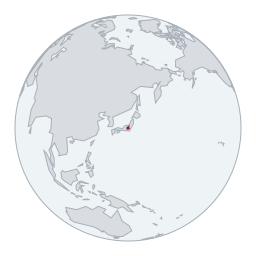 Gunma highlighted on a globe, orthographic projection, rotated 12°
{"feature_id": "JPN-3503", "entity_name": "Gunma", "entity_type": "Prefecture", "adm_level": 1, "iso_a3": "JPN", "parent_name": "Japan", "parent_adm1": "", "projection": "orthographic", "projection_center": [138.983, 36.504], "detail": "fine", "context": "on_globe", "style": "filled", "palette": "rose", "viewbox_px": 256, "rotation_deg": 12, "n_neighbors": 0, "source": "natural_earth", "source_scale": "10m", "svg_char_len": 11264}
<svg xmlns="http://www.w3.org/2000/svg" viewBox="0 0 256 256"><g transform="rotate(12 128 128)"><circle cx="128" cy="128" r="113" fill="#eef3f6" stroke="#a8b0b8"/><path d="M199.0,201.6L199.0,202.1L198.9,202.3L199.0,201.6ZM221.7,65.5L219.9,64.4L223.5,68.3L224.7,70.2L224.8,70.5L223.9,69.6L222.7,67.6L219.7,65.3L219.2,66.6L213.3,63.5L202.6,55.6L203.9,55.0L201.1,53.4L199.5,54.2L199.0,55.2L187.4,53.0L180.7,57.9L182.0,62.4L179.0,59.4L183.9,70.2L182.5,76.1L182.0,67.7L180.3,65.6L178.2,68.6L176.0,67.1L173.8,67.8L171.4,65.9L171.2,61.5L169.7,60.3L168.3,62.5L165.0,62.1L167.2,59.0L161.7,58.3L160.5,51.5L168.4,45.8L165.6,41.5L168.1,34.7L165.8,34.2L165.3,31.7L162.4,30.3L163.7,29.7L160.2,29.1L159.6,29.9L157.9,30.0L156.1,29.3L157.5,28.4L158.5,28.6L158.0,28.0L159.4,27.8L157.7,27.5L159.6,26.6L155.2,26.5L154.5,25.0L156.4,24.7L159.5,26.0L171.9,29.4L174.8,30.0L175.8,29.2L170.4,24.9L172.3,25.2L172.3,24.8L169.8,23.8L168.8,23.9L164.1,22.4L163.5,23.0L161.5,22.6L159.6,23.0L156.2,21.7L154.1,20.3L155.5,20.0L154.6,19.5L150.3,18.9L150.2,17.9L145.1,16.7L145.4,16.7L153.7,18.3L161.9,20.6L169.8,23.4L177.6,26.9L185.1,30.9L192.2,35.4L199.0,40.5L205.4,46.1L211.3,52.2L216.8,58.7L221.7,65.5ZM224.8,125.1L223.9,123.0L225.2,123.2L224.8,125.1ZM222.8,122.6L223.3,123.1L222.8,122.8L222.8,122.6ZM222.2,122.8L222.7,122.6L222.2,123.1L222.2,122.8ZM221.4,123.5L221.8,123.1L221.4,123.5ZM219.9,123.9L219.5,123.9L219.8,123.2L219.9,123.9ZM199.2,55.9L199.7,54.4L202.0,54.4L201.8,55.7L199.2,55.9ZM194.4,56.4L194.0,55.1L197.1,56.6L196.3,56.9L194.4,56.4ZM183.5,66.1L184.3,64.5L184.3,66.6L183.5,66.1ZM173.9,68.2L174.4,69.2L173.0,69.2L173.9,68.2ZM161.5,23.7L160.6,23.4L161.4,23.5L161.5,23.7ZM161.6,24.3L163.2,24.7L163.5,25.1L162.5,24.8L161.6,24.3ZM168.0,66.3L165.7,66.1L168.1,65.5L168.0,66.3ZM159.4,23.8L163.8,25.6L164.2,26.3L160.7,25.9L159.4,23.8ZM164.3,65.5L158.7,65.3L159.3,67.3L154.5,61.6L160.9,63.5L163.7,62.4L163.1,64.1L164.3,65.5ZM160.2,30.5L160.8,29.6L161.9,31.0L160.2,30.5ZM161.3,31.4L167.3,36.3L165.5,37.5L163.9,35.5L162.9,37.8L159.1,36.0L158.8,34.4L160.7,33.9L157.8,33.6L161.3,31.4ZM152.8,58.7L151.4,58.1L152.9,57.9L152.8,58.7ZM157.3,30.2L158.6,31.0L157.2,32.0L154.2,30.7L155.6,30.8L157.3,30.2ZM164.5,39.4L162.9,40.1L159.4,38.8L158.3,38.9L158.9,36.1L164.5,39.4ZM155.1,30.2L152.7,30.0L151.8,28.9L155.9,29.5L155.1,30.2ZM158.1,32.9L157.3,33.4L156.8,32.7L158.1,32.9ZM147.2,25.3L148.8,26.1L148.3,26.6L147.2,25.3ZM151.9,30.0L152.3,30.4L152.2,30.8L150.5,30.5L151.9,30.0ZM156.4,35.5L155.2,34.8L156.0,36.5L153.4,35.8L154.2,34.1L152.8,34.5L152.0,34.3L153.5,33.2L156.4,35.5ZM148.7,31.3L148.9,29.2L145.9,27.6L146.4,27.0L151.0,29.7L148.7,31.3ZM151.4,32.5L149.8,31.6L151.2,31.2L153.1,31.5L151.4,32.5ZM151.3,35.9L155.1,37.5L154.8,37.8L151.3,35.9ZM147.6,30.9L147.5,31.5L147.2,30.9L147.6,30.9ZM149.8,34.4L151.2,34.9L150.8,35.2L149.8,34.4ZM146.4,32.2L146.4,31.5L147.7,31.7L146.4,32.2ZM147.7,33.3L146.9,33.7L148.2,32.2L148.4,33.4L147.7,33.3ZM149.3,34.7L149.5,35.0L148.7,34.4L149.3,34.7ZM141.4,32.2L142.7,30.2L145.6,30.5L143.9,32.3L141.4,32.2ZM43.9,53.0L44.0,53.0L37.2,61.8L34.8,66.3L39.9,62.0L43.8,54.4L47.8,50.4L47.3,54.1L44.4,61.5L45.9,60.2L50.5,53.6L52.7,53.7L52.5,51.3L50.4,53.5L50.2,52.2L52.1,50.2L52.8,50.2L54.5,47.8L50.7,48.8L48.3,51.1L51.0,46.8L47.1,50.3L46.9,50.2L53.2,44.3L54.8,43.2L64.3,35.8L62.9,36.4L53.8,43.6L55.4,42.2L53.4,43.6L56.2,41.4L66.4,33.8L69.6,31.7L78.1,27.0L83.8,24.4L80.8,25.8L82.1,25.3L79.3,26.8L79.6,27.5L77.4,29.1L81.4,28.4L80.9,29.2L78.6,29.3L75.9,30.5L70.9,35.3L71.1,35.9L74.1,35.1L72.4,36.7L76.0,35.4L75.1,38.2L79.2,33.8L82.9,33.3L84.6,34.6L86.5,33.7L83.9,31.6L82.1,31.6L79.4,32.7L75.4,32.4L76.2,31.1L83.3,28.8L85.3,26.8L89.9,26.2L94.3,31.5L94.0,34.6L85.2,40.8L83.0,40.3L85.0,37.6L79.4,40.6L81.7,40.1L80.2,41.6L83.4,41.8L82.5,42.9L87.0,41.4L86.3,42.7L83.4,43.6L87.5,45.5L87.1,48.6L88.4,48.6L90.0,47.6L88.4,52.4L89.5,52.1L90.4,50.5L93.1,49.0L97.3,48.4L96.5,50.0L94.9,50.5L90.3,54.1L86.1,55.3L86.3,55.9L89.7,55.3L95.3,50.9L98.0,50.1L95.7,52.3L96.8,51.4L97.9,51.5L98.3,53.3L101.0,51.0L114.4,51.3L116.4,55.1L112.8,56.8L121.4,59.7L123.0,64.4L123.9,62.7L128.6,63.4L128.1,61.9L128.9,61.2L140.6,63.1L142.8,65.1L148.8,64.6L149.3,63.9L148.0,62.3L154.5,61.6L159.3,67.3L158.0,68.7L161.8,71.6L158.4,74.5L157.4,78.4L151.5,80.3L151.2,83.5L152.7,84.3L153.5,89.4L149.7,97.8L146.0,87.4L150.3,75.5L148.0,79.9L146.5,77.9L144.4,79.0L142.9,82.3L144.0,83.3L131.3,84.8L123.6,92.7L129.1,93.8L130.9,97.4L127.0,108.8L110.8,120.6L113.1,126.7L112.2,130.0L107.9,130.8L109.1,126.0L106.2,123.2L107.5,120.6L101.0,120.8L102.6,117.0L96.8,119.3L97.3,122.9L102.4,123.9L96.7,127.9L99.9,134.9L98.5,141.5L87.3,149.8L78.4,150.0L77.5,151.7L75.0,148.2L70.1,150.2L73.8,163.6L73.2,166.6L66.0,169.5L66.1,167.2L59.2,157.7L56.9,164.3L62.1,173.2L63.8,181.0L59.4,176.7L57.7,169.6L55.3,166.1L56.7,160.2L56.1,149.4L51.7,148.7L52.8,145.0L51.3,134.7L45.4,133.2L35.5,136.7L32.9,145.5L30.0,147.2L29.5,129.8L31.9,120.1L30.1,118.7L30.9,107.2L27.6,97.5L28.6,94.5L27.7,93.6L28.5,88.3L30.6,83.7L30.4,81.7L25.2,94.1L25.6,96.4L27.9,95.5L26.3,99.2L25.6,105.3L21.1,108.2L18.6,101.9L20.8,94.8L31.7,70.8L32.8,69.5L32.9,69.2L33.2,68.8L31.6,70.6L34.4,66.4L25.9,81.0L23.4,86.4L18.5,102.1L18.4,102.4L17.5,106.6L17.9,111.6L17.4,113.7L15.7,119.9L15.6,120.4L16.5,112.2L17.9,104.0L20.0,96.0L22.6,88.2L25.8,80.6L29.6,73.2L33.9,66.1L38.6,59.4L43.9,53.0ZM38.7,73.0L38.6,77.9L43.0,72.2L43.4,73.7L44.7,71.4L43.4,71.8L47.4,65.9L48.9,67.0L51.2,65.2L51.3,63.5L47.9,62.5L42.1,70.7L40.2,71.1L38.7,73.0ZM92.5,21.7L90.2,22.5L89.3,22.6L92.1,21.3L93.5,21.1L92.5,21.7ZM87.2,23.7L93.4,22.2L91.9,23.2L91.7,22.9L90.1,23.7L89.3,23.4L81.8,26.1L80.4,26.4L86.4,23.4L85.1,24.1L87.5,23.2L87.2,23.7ZM112.0,19.0L114.6,19.0L107.9,21.0L106.2,20.8L108.9,19.3L112.5,18.7L112.0,19.0ZM152.3,23.1L153.7,23.5L153.4,23.7L151.8,23.5L152.3,23.1ZM148.0,25.6L145.5,22.0L147.1,22.1L143.7,20.1L146.5,19.9L148.6,21.1L148.2,19.6L151.2,20.6L150.5,19.6L154.8,22.3L157.5,23.4L153.4,22.3L150.8,22.5L150.5,22.9L151.5,24.9L155.9,27.6L154.0,28.4L151.5,28.3L150.1,27.8L151.8,27.4L148.8,27.0L150.2,26.0L148.0,25.6ZM123.1,30.2L125.6,29.3L119.8,29.6L121.1,28.1L120.4,28.2L120.0,27.0L118.3,25.8L119.4,25.3L118.2,25.1L118.0,24.4L116.8,24.0L118.3,22.9L116.9,22.4L118.4,22.2L115.7,21.6L118.4,21.6L118.4,20.9L115.7,21.3L127.0,17.8L129.6,16.8L130.3,16.1L134.9,16.5L137.2,17.6L137.8,19.2L134.6,20.3L137.3,20.4L136.5,21.1L134.7,20.7L137.1,21.7L136.0,22.1L136.5,24.4L140.5,25.8L140.8,26.8L138.7,26.5L140.5,27.7L136.7,27.8L136.8,28.6L133.2,29.6L129.0,28.7L129.4,29.7L126.7,30.6L123.1,30.2ZM140.3,32.4L135.0,31.4L133.1,30.2L140.2,29.0L140.7,28.3L145.1,27.7L147.7,29.6L146.2,29.5L145.3,29.9L144.9,29.2L144.6,30.1L142.5,30.1L141.7,30.9L140.2,30.3L140.3,32.4ZM55.7,41.6L55.5,41.8L54.2,42.9L53.2,43.8L55.7,41.6ZM63.2,35.9L62.9,36.1L62.4,36.5L63.2,35.9ZM64.5,35.0L63.0,36.0L64.5,34.9L64.5,35.0ZM78.1,29.9L77.6,30.6L76.7,30.9L76.1,30.8L78.1,29.9ZM106.2,31.8L107.9,31.2L108.2,31.5L112.2,31.4L111.5,32.7L108.8,33.2L106.2,31.8ZM39.4,61.7L38.8,61.4L39.7,60.2L39.7,60.5L39.4,61.7ZM45.3,51.9L43.0,54.8L45.0,52.2L45.3,51.9ZM106.1,33.1L107.8,32.9L106.4,33.7L106.1,33.1ZM111.2,33.6L109.9,34.6L111.9,32.8L111.2,33.6ZM90.0,205.1L93.3,206.4L93.3,206.7L90.0,205.1ZM86.4,202.8L90.2,204.0L85.9,203.5L86.4,202.8ZM91.7,204.5L95.5,204.7L97.1,204.5L96.9,205.2L91.7,204.5ZM84.0,202.1L71.0,197.3L66.1,194.2L67.1,193.2L75.1,196.9L84.0,202.1ZM66.7,193.0L59.4,185.5L50.5,167.6L53.7,169.7L63.2,182.6L62.5,183.6L66.9,189.0L66.7,193.0ZM85.0,192.3L84.4,195.9L77.1,193.1L73.9,191.3L71.6,185.4L72.9,183.2L75.5,184.3L86.4,178.8L90.0,182.2L86.5,185.1L89.5,189.5L85.0,192.3ZM33.0,146.7L33.8,153.7L32.3,153.3L33.0,146.7ZM91.4,173.6L86.6,176.4L91.2,172.1L91.4,173.6ZM94.5,169.0L94.5,171.2L93.0,168.7L94.5,169.0ZM76.8,154.7L74.1,154.1L74.3,152.5L78.0,152.4L76.8,154.7ZM97.4,147.1L96.2,151.7L95.3,153.1L94.6,149.9L97.4,147.1ZM102.7,45.3L98.0,43.8L94.1,44.0L91.2,45.8L93.3,42.8L99.2,42.5L102.7,45.3ZM113.0,50.3L115.5,48.9L115.8,50.1L115.3,50.6L113.0,50.3ZM113.5,49.0L114.0,46.3L116.3,46.0L115.5,48.2L113.5,49.0ZM109.8,39.1L108.5,38.5L109.6,37.9L109.8,39.1ZM174.5,229.7L176.5,229.1L173.5,230.7L169.1,232.7L164.2,234.4L174.5,229.7ZM138.0,238.6L136.6,237.6L141.8,237.3L140.7,238.2L138.0,238.6ZM177.6,228.0L180.2,226.2L180.0,225.0L181.2,225.7L184.7,224.3L177.7,228.6L177.6,228.0ZM115.2,231.9L95.0,231.2L90.2,229.5L90.5,228.4L84.2,222.1L85.7,222.7L83.6,218.6L95.0,218.5L102.9,213.5L110.3,215.3L115.2,210.8L123.2,212.1L121.4,216.0L130.3,219.4L134.8,210.5L141.7,220.3L149.2,223.2L153.0,227.9L145.1,235.3L139.2,236.6L137.4,236.2L135.1,236.8L130.6,236.5L126.7,234.4L124.5,234.9L126.1,233.4L123.2,234.7L120.2,233.1L115.2,231.9ZM172.8,216.1L174.3,216.1L177.2,216.9L174.7,217.2L172.8,216.1ZM195.2,205.0L196.2,205.3L194.5,206.1L195.2,205.0ZM198.9,202.3L196.8,203.4L199.0,201.6L198.9,202.3ZM179.3,209.6L180.1,209.9L179.6,210.3L179.3,209.6ZM178.6,209.5L179.3,208.4L179.4,209.4L178.6,209.5ZM170.7,205.7L171.5,205.1L172.0,205.4L170.7,205.7ZM98.3,207.6L102.9,205.9L105.5,206.1L98.3,207.6ZM169.3,204.8L167.2,205.0L167.3,204.4L169.3,204.8ZM169.3,203.5L169.0,202.7L170.6,204.4L169.3,203.5ZM165.1,202.2L167.8,203.3L164.8,202.4L165.1,202.2ZM163.6,202.6L161.7,202.1L161.8,201.9L163.6,202.6ZM143.5,204.5L150.5,209.1L145.2,209.1L139.2,206.1L135.1,208.7L125.3,207.5L127.4,206.0L125.9,203.2L116.3,201.0L114.3,198.9L117.6,198.2L111.4,195.8L118.2,196.0L121.1,200.1L125.0,197.6L132.0,199.0L139.0,200.6L144.9,203.5L143.5,204.5ZM118.5,204.1L119.7,204.2L118.7,205.2L118.5,204.1ZM158.0,200.4L160.8,202.0L160.5,202.4L159.2,202.2L158.0,200.4ZM146.2,202.9L152.4,199.8L153.9,199.8L149.9,203.3L146.2,202.9ZM150.8,197.9L153.8,198.2L155.5,199.9L154.9,200.4L150.8,197.9ZM104.7,198.4L104.4,199.4L102.7,198.2L104.7,198.4ZM106.8,198.2L112.1,200.3L106.4,199.0L106.8,198.2ZM91.7,191.1L93.1,193.9L97.6,193.5L94.2,194.9L97.4,199.7L96.4,200.9L93.2,195.8L92.3,200.0L90.4,199.3L89.1,195.2L91.0,191.1L93.0,189.6L101.3,190.8L91.7,191.1ZM106.7,195.2L105.4,192.0L106.4,190.3L107.9,192.1L106.7,195.2ZM101.7,184.0L98.4,179.7L95.2,180.2L102.0,176.8L103.9,181.6L101.7,184.0ZM99.3,175.5L96.3,176.0L99.6,173.9L99.3,175.5ZM95.6,174.6L95.6,172.0L97.8,173.0L95.6,174.6ZM100.8,176.0L101.9,171.9L102.8,174.7L100.8,176.0ZM95.3,166.1L99.7,171.6L93.6,168.1L94.5,159.6L97.2,160.2L95.3,166.1ZM118.1,135.2L118.2,132.5L120.9,132.5L120.1,134.3L118.1,135.2ZM130.0,130.7L121.7,131.6L115.0,132.6L116.5,134.2L114.1,138.1L112.3,133.5L117.8,129.8L122.7,129.8L124.5,126.4L128.7,124.6L129.3,120.0L131.5,118.4L132.4,122.7L130.0,130.7ZM129.4,118.0L132.1,110.2L136.9,112.3L137.4,114.4L134.1,117.1L131.8,115.8L129.4,118.0ZM134.2,109.0L131.9,107.8L131.2,95.4L132.2,93.4L135.3,103.5L133.4,102.9L132.7,105.7L134.2,109.0ZM151.3,59.0L151.4,58.2L152.3,59.1L151.3,59.0ZM128.5,60.4L129.7,59.6L130.6,60.6L128.5,60.4ZM133.5,58.1L131.6,57.5L133.9,57.4L133.5,58.1ZM127.3,56.4L131.0,56.9L127.0,57.5L127.3,56.4Z" fill="#d9dde1" stroke="#a8b0b8" stroke-width="1"/><path d="M128.2,126.9L128.2,127.0L128.3,127.0L128.5,127.2L128.6,127.3L128.6,127.5L128.6,127.8L128.7,128.0L128.6,128.3L128.7,128.5L128.8,128.5L128.8,128.4L129.0,128.5L128.9,128.6L128.7,128.6L128.4,128.5L128.2,128.5L128.0,128.8L127.8,128.8L127.7,128.9L127.6,129.0L127.4,129.0L127.4,128.9L127.4,128.7L127.4,128.4L127.4,128.2L127.2,128.2L127.1,127.9L127.2,127.7L127.3,127.6L127.5,127.6L127.7,127.4L127.8,127.4L127.9,127.2L128.0,127.2L128.2,126.9Z" fill="#f43f5e" stroke="#9f1239" stroke-width="1.5"/></g></svg>